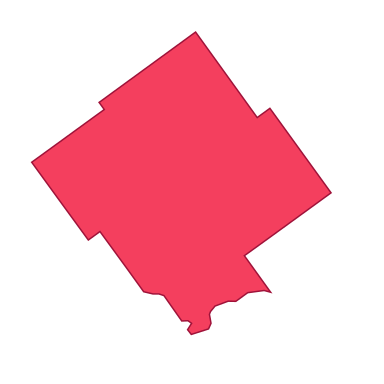 outline of Dunn, North Dakota, United States of America, rotated 144°
{"feature_id": "52423323B13029471752961", "entity_name": "Dunn", "entity_type": "district", "adm_level": 2, "iso_a3": "USA", "parent_name": "United States of America", "parent_adm1": "North Dakota", "projection": "equal_earth", "projection_center": [-102.465, 47.402], "detail": "fine", "context": "isolated", "style": "filled", "palette": "rose", "viewbox_px": 384, "rotation_deg": 144, "n_neighbors": 0, "source": "geoboundaries", "source_scale": "gbopen_adm2", "svg_char_len": 559}
<svg xmlns="http://www.w3.org/2000/svg" viewBox="0 0 384 384"><g transform="rotate(144 192 192)"><path d="M304.2,310.3L304.2,266.2L304.1,214.1L289.7,214.1L289.6,168.2L289.7,139.7L283.5,132.5L278.7,129.0L275.6,124.7L276.1,93.7L270.9,90.2L269.5,86.0L276.5,83.2L276.3,77.2L259.1,71.5L253.8,74.6L249.8,82.8L247.3,84.4L240.4,86.2L226.9,82.4L220.8,77.8L206.1,77.8L191.5,69.9L187.3,64.7L187.1,109.7L154.0,109.6L80.0,109.6L79.8,207.3L79.8,213.9L95.5,213.9L95.1,319.3L214.5,319.1L214.5,310.3L304.2,310.3Z" fill="#f43f5e" stroke="#9f1239" stroke-width="1.5"/></g></svg>